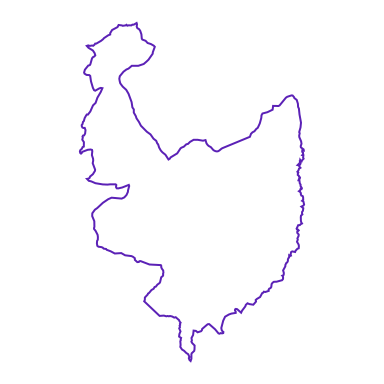 Kanduyi, Western, Kenya (Albers equal-area conic projection)
{"feature_id": "3690345B52406827974288", "entity_name": "Kanduyi", "entity_type": "district", "adm_level": 2, "iso_a3": "KEN", "parent_name": "Kenya", "parent_adm1": "Western", "projection": "albers", "projection_center": [34.58, 0.562], "detail": "fine", "context": "isolated", "style": "outline", "palette": "violet", "viewbox_px": 384, "rotation_deg": 0, "n_neighbors": 0, "source": "geoboundaries", "source_scale": "gbopen_adm2", "svg_char_len": 5932}
<svg xmlns="http://www.w3.org/2000/svg" viewBox="0 0 384 384"><path d="M144.2,301.3L159.6,315.9L163.9,315.6L166.3,316.3L167.6,316.0L168.9,316.3L170.0,316.0L172.2,316.5L174.2,317.6L175.7,317.2L179.1,320.2L179.6,321.5L180.6,322.7L179.9,323.9L180.2,324.9L179.6,325.7L180.0,327.1L179.2,328.3L180.5,331.4L179.4,334.0L179.1,336.6L181.1,337.9L180.7,339.1L180.8,340.1L180.3,341.2L180.6,345.0L180.3,346.9L182.0,349.5L184.1,350.8L186.3,353.0L188.2,354.2L189.4,357.0L188.8,358.1L189.5,360.0L190.6,361.0L191.4,358.8L191.4,354.3L191.7,353.3L194.2,350.9L194.5,349.4L194.6,345.5L192.3,343.2L191.4,341.7L191.9,340.5L191.5,338.0L193.1,335.0L193.6,330.6L195.9,330.9L197.6,332.3L201.1,331.2L201.9,330.2L202.2,328.9L207.2,324.6L208.1,324.1L209.2,324.1L215.1,329.3L218.5,333.4L219.6,333.7L220.7,333.1L222.0,333.4L223.2,333.1L223.4,332.0L222.5,331.3L221.7,330.1L221.3,328.0L223.2,320.7L225.1,316.7L228.9,314.5L231.4,313.6L235.7,312.9L235.7,311.6L235.0,310.5L235.1,309.4L235.9,308.9L237.2,309.2L241.1,312.7L242.1,310.6L245.3,306.4L245.8,304.9L247.5,303.3L249.4,304.1L253.3,304.7L256.0,301.6L255.7,300.0L256.8,299.0L260.1,297.0L262.2,293.1L263.2,292.7L263.8,291.7L265.3,292.0L268.7,290.9L268.6,289.7L269.2,288.7L270.5,288.1L271.3,286.9L271.6,284.1L272.6,282.7L273.9,281.8L276.6,281.7L282.1,280.2L283.0,279.0L283.1,277.8L282.9,276.4L282.3,275.7L283.4,275.3L283.8,274.1L283.8,272.8L283.1,270.4L285.3,266.4L285.4,264.9L286.3,263.0L287.2,262.4L287.9,260.9L287.9,259.5L288.3,258.3L289.1,257.5L289.2,255.4L290.0,256.0L291.0,255.6L290.6,254.4L291.1,252.1L292.2,251.4L295.1,252.0L295.6,250.7L297.4,248.8L298.7,248.3L298.9,246.1L298.6,244.5L297.0,241.8L297.8,239.6L297.4,238.4L298.6,235.9L298.7,234.5L297.3,232.9L297.2,231.9L298.7,230.4L298.0,229.6L297.1,229.6L296.6,228.7L298.2,225.2L299.8,225.1L300.8,224.1L302.0,223.5L301.2,222.2L300.9,220.7L300.8,217.2L301.0,215.6L302.4,214.4L302.0,213.3L302.1,211.9L302.9,210.8L303.3,208.2L301.4,206.6L303.5,205.5L304.1,204.5L303.4,201.5L302.1,200.8L303.2,199.7L303.1,197.2L302.7,196.1L301.3,195.5L300.8,194.2L300.9,193.2L300.2,192.0L299.0,191.2L300.0,190.5L300.6,188.8L301.5,189.1L301.9,188.2L300.5,185.9L300.6,184.6L299.8,183.4L299.4,180.4L298.5,180.3L299.0,178.9L299.8,178.5L300.0,177.4L299.0,176.8L298.8,175.7L297.8,175.0L297.8,173.7L298.3,172.6L297.4,171.8L298.4,170.5L299.0,168.7L300.4,167.8L299.6,166.9L298.8,165.4L300.1,164.6L300.6,163.2L300.0,161.5L301.6,161.5L301.9,160.5L303.6,158.7L303.1,157.5L303.4,155.3L302.3,155.1L303.1,154.0L303.0,152.6L302.2,151.8L302.3,150.4L303.8,150.6L303.6,149.4L300.9,147.4L300.7,146.1L301.5,143.8L301.1,141.3L299.3,137.1L299.2,135.6L299.7,133.2L299.2,132.1L300.5,127.5L301.0,122.7L299.5,114.4L298.9,108.6L298.1,106.9L297.9,103.7L296.7,99.9L294.4,98.1L294.0,97.1L292.6,95.5L291.5,95.4L287.2,96.8L285.9,97.7L279.6,105.4L278.5,106.0L273.1,105.9L272.6,109.7L267.4,112.2L262.5,113.5L261.5,115.3L261.3,117.9L259.8,123.4L258.2,126.9L257.6,128.0L256.4,128.8L254.4,131.3L252.5,132.3L251.0,133.8L249.9,136.8L222.8,148.0L221.6,148.6L219.2,150.6L217.9,151.3L216.7,151.4L215.3,151.1L213.5,150.2L210.8,147.1L208.6,145.9L207.5,144.8L206.5,143.4L205.5,140.1L203.0,140.7L197.7,139.8L193.6,139.8L190.0,141.9L188.0,143.9L186.3,144.3L183.8,146.7L181.4,147.7L180.5,148.4L177.2,153.4L170.6,157.4L169.8,158.7L168.5,159.5L165.4,154.7L162.4,152.3L160.8,150.5L159.1,147.5L158.1,144.3L157.3,143.5L156.2,140.8L153.5,138.7L150.5,134.4L146.8,131.7L140.9,125.7L139.0,122.0L136.5,118.3L135.8,116.1L133.8,112.6L133.8,109.4L132.4,107.4L131.6,102.1L128.5,93.7L126.2,89.8L122.7,86.6L120.3,83.4L119.7,81.1L119.3,78.8L119.8,76.2L123.5,71.7L126.4,69.5L128.5,68.6L131.8,65.8L138.3,65.8L143.7,64.0L146.5,61.6L148.5,59.7L152.7,53.7L152.8,52.3L154.8,46.8L153.8,45.7L150.8,44.0L147.6,43.0L145.6,40.8L142.4,39.6L141.8,38.7L141.4,34.3L140.2,30.8L139.1,29.2L137.4,28.2L136.7,26.6L137.0,24.2L136.6,23.0L133.7,24.7L132.3,24.7L131.4,25.4L128.7,25.3L127.3,25.7L126.5,24.8L125.5,25.4L122.7,25.8L121.9,25.4L118.6,25.0L117.5,27.1L112.1,30.0L110.2,33.1L110.2,34.5L108.2,35.3L103.9,38.2L103.2,39.1L101.1,40.8L96.3,43.6L95.2,43.6L94.4,44.8L93.1,45.8L92.1,45.5L89.9,45.9L88.2,45.4L86.8,45.9L88.5,47.8L92.9,50.5L94.6,53.1L95.3,55.3L94.4,56.4L92.9,57.2L92.0,58.4L90.4,64.1L89.8,65.1L88.2,65.6L84.9,69.7L84.1,72.5L84.5,73.6L86.5,74.9L89.3,75.1L90.2,75.9L91.0,81.4L92.9,87.8L94.1,90.2L95.2,90.7L99.3,88.4L100.8,87.9L102.4,88.2L100.7,92.1L97.4,97.7L95.6,102.9L93.0,105.4L90.3,111.5L87.9,114.6L86.8,114.5L86.0,115.7L84.7,118.0L83.8,121.1L83.0,121.9L82.5,124.1L81.7,125.1L81.8,126.3L82.4,127.5L83.5,128.0L84.7,127.9L85.5,130.1L85.1,133.6L84.1,135.4L83.0,135.6L82.5,136.6L82.8,137.4L82.3,139.7L83.9,142.1L83.8,146.6L82.6,147.1L81.9,148.7L80.3,150.2L79.9,151.4L80.2,152.9L81.0,153.6L81.8,152.9L82.2,151.9L87.7,149.8L90.6,149.5L92.0,149.9L92.3,151.1L91.9,155.1L93.1,158.8L93.2,160.7L92.7,163.2L95.1,169.6L95.0,170.8L92.9,174.2L90.1,176.5L89.5,178.0L88.2,178.7L87.0,178.9L88.8,180.8L91.3,181.4L95.4,183.2L102.7,184.4L107.4,184.6L110.4,184.3L115.6,184.3L116.3,185.0L116.0,187.0L116.7,188.3L118.2,188.4L122.2,187.5L128.8,184.9L129.2,186.0L128.0,190.5L127.9,191.9L126.5,195.0L124.3,197.4L121.7,198.6L111.6,197.7L108.2,199.2L102.9,202.8L97.2,208.1L94.9,209.7L92.3,213.3L92.2,216.1L94.3,221.2L94.4,226.9L94.0,228.1L94.1,229.0L95.6,230.9L97.6,234.8L97.9,237.0L97.8,239.7L97.1,240.9L96.9,243.4L97.3,245.8L98.4,246.7L101.4,247.1L102.7,247.6L103.6,248.6L106.1,249.0L106.7,249.8L110.7,251.3L114.8,253.5L121.3,253.1L125.1,255.3L131.5,256.1L133.0,256.8L134.8,258.2L134.9,259.9L137.3,262.1L138.8,262.0L139.4,261.2L140.6,261.1L149.5,264.5L160.8,265.1L161.3,266.0L161.2,267.0L161.8,268.6L163.2,270.5L163.4,272.7L163.0,273.9L163.2,275.0L162.8,276.0L161.2,277.3L160.1,282.1L159.5,283.1L157.4,284.6L155.9,286.6L154.6,287.0L153.6,288.8L151.5,290.0L149.1,292.9L148.0,293.6L147.7,294.5L144.9,297.5L144.8,300.0L144.2,301.3ZM298.8,165.4L297.6,165.1L298.5,164.2L298.8,165.4ZM300.0,161.5L300.2,160.0L300.8,160.9L300.0,161.5Z" fill="none" stroke="#5b21b6" stroke-width="2"/></svg>